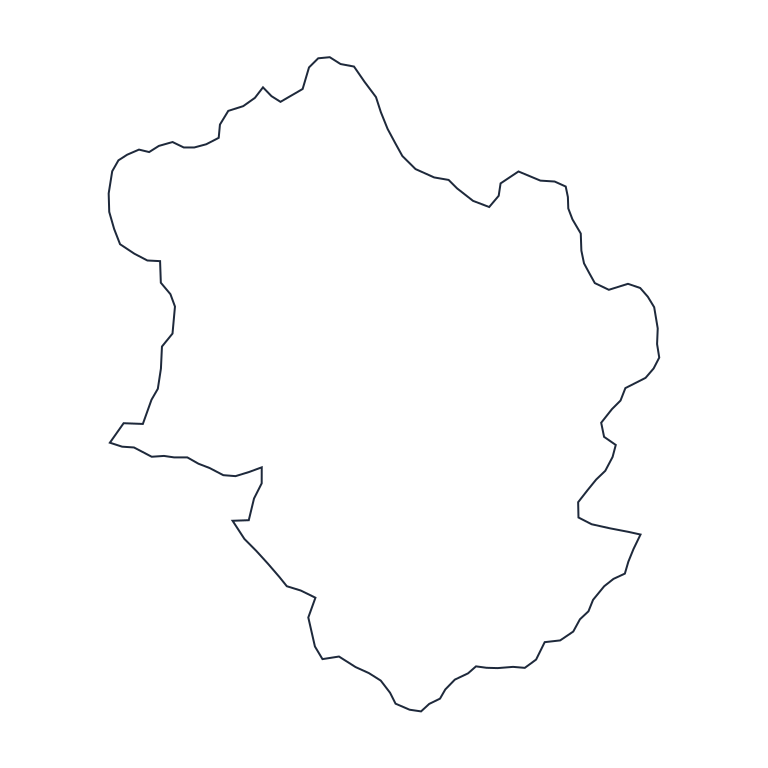 the district of Mariápolis, São Paulo, Brazil, rotated 178°
{"feature_id": "56859067B75086273353759", "entity_name": "Mariápolis", "entity_type": "district", "adm_level": 2, "iso_a3": "BRA", "parent_name": "Brazil", "parent_adm1": "São Paulo", "projection": "orthographic", "projection_center": [-51.172, -21.778], "detail": "fine", "context": "isolated", "style": "outline", "palette": "slate", "viewbox_px": 768, "rotation_deg": 178, "n_neighbors": 0, "source": "geoboundaries", "source_scale": "gbopen_adm2", "svg_char_len": 1961}
<svg xmlns="http://www.w3.org/2000/svg" viewBox="0 0 768 768"><g transform="rotate(178 384 384)"><path d="M358.4,55.5L350.0,62.7L339.0,67.6L333.4,76.6L323.5,86.1L310.1,91.9L301.9,98.6L291.4,96.8L280.4,96.1L264.9,96.8L253.2,95.4L241.6,103.3L232.4,120.4L216.9,121.6L203.5,130.0L196.4,142.0L187.6,149.7L182.6,161.0L171.0,174.2L161.5,181.2L149.9,186.1L146.0,197.9L140.4,210.4L132.9,224.6L144.5,227.6L163.7,232.0L181.4,236.6L194.3,243.8L194.1,259.1L184.2,270.9L175.3,281.1L165.9,289.5L158.1,303.1L154.5,315.0L165.9,323.5L168.3,337.7L157.1,350.9L148.2,359.2L142.9,371.5L122.4,381.0L114.0,390.1L108.0,400.8L109.7,414.4L108.5,430.0L111.3,451.3L117.3,462.0L124.6,471.0L136.7,475.6L156.0,470.3L169.8,477.5L175.0,487.7L179.9,497.6L182.1,510.4L182.1,527.5L189.9,541.9L193.7,553.0L193.7,564.4L195.5,575.0L206.4,580.4L220.6,581.8L242.2,591.7L260.5,580.4L262.8,568.1L272.7,557.2L288.6,563.9L304.1,576.9L312.3,585.7L326.7,588.7L345.0,597.7L357.7,611.2L364.4,624.4L371.5,638.8L377.7,655.9L382.0,671.0L393.0,686.8L402.9,702.3L416.3,705.3L426.8,712.5L438.4,711.8L447.9,703.0L455.0,681.7L477.6,669.6L486.4,675.6L494.6,684.7L503.0,674.5L515.0,666.6L530.1,662.4L538.9,649.0L540.6,635.8L553.3,629.8L565.4,627.0L575.9,627.4L586.9,633.2L600.7,629.8L610.6,624.0L620.7,626.8L632.7,622.1L641.6,616.8L648.2,606.1L652.5,584.1L652.6,565.6L648.3,548.4L642.9,532.9L628.9,522.9L616.2,515.7L603.5,514.6L603.5,493.0L594.3,481.2L590.2,468.7L593.6,441.8L604.6,429.2L606.4,407.2L610.2,387.1L616.9,376.4L626.4,352.5L645.6,353.9L660.0,334.9L647.9,330.5L636.1,329.3L618.7,319.4L606.4,319.8L596.5,318.0L583.1,317.5L572.2,310.8L561.2,306.1L547.8,298.5L535.6,297.1L521.8,300.8L509.1,305.0L509.7,289.0L517.9,274.1L523.9,252.6L540.1,252.6L528.9,234.0L517.5,221.7L506.3,208.5L495.3,194.8L488.2,185.3L474.4,180.5L460.0,172.8L467.8,153.3L462.2,124.1L455.1,111.2L438.5,113.2L422.3,102.1L409.2,95.6L397.6,87.7L388.7,75.2L383.6,64.1L369.8,57.6L358.4,55.5Z" fill="none" stroke="#1e293b" stroke-width="2"/></g></svg>